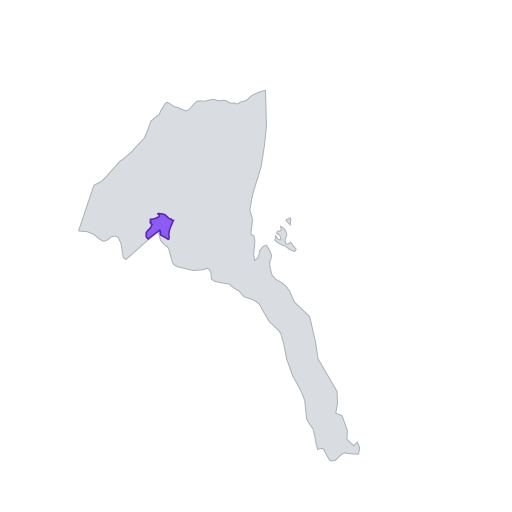 Shambuko, Gash Barka, Eritrea (highlighted), rotated 25°
{"feature_id": "51966322B24942230220374", "entity_name": "Shambuko", "entity_type": "district", "adm_level": 2, "iso_a3": "ERI", "parent_name": "Eritrea", "parent_adm1": "Gash Barka", "projection": "mercator", "projection_center": [37.812, 14.923], "detail": "fine", "context": "in_parent", "style": "filled", "palette": "violet", "viewbox_px": 512, "rotation_deg": 25, "n_neighbors": 0, "source": "geoboundaries", "source_scale": "gbopen_adm2", "svg_char_len": 5728}
<svg xmlns="http://www.w3.org/2000/svg" viewBox="0 0 512 512"><g transform="rotate(25 256 256)"><path d="M84.5,308.0L82.8,292.4L81.6,281.9L80.4,270.7L79.3,260.2L84.3,253.8L86.7,247.6L92.6,227.7L95.0,223.7L99.7,213.0L100.4,209.9L105.0,196.4L104.6,187.4L103.7,178.3L106.2,172.9L108.5,168.6L108.3,164.9L109.3,156.4L110.1,154.3L112.8,154.2L118.5,155.3L122.7,154.4L127.6,154.4L131.3,154.1L133.5,151.5L136.5,141.6L138.5,139.6L140.0,139.0L144.3,137.2L147.9,134.3L150.9,132.2L152.0,131.8L155.2,131.5L158.3,130.3L159.8,128.9L163.7,127.8L167.6,128.4L170.3,127.2L172.0,126.4L174.0,126.4L175.8,125.2L176.5,123.4L177.7,122.3L180.8,119.7L182.1,117.9L182.8,116.0L183.4,114.5L184.7,111.9L190.0,105.6L194.6,101.9L210.6,133.9L217.1,152.8L222.8,172.5L227.0,202.0L231.0,217.0L237.5,224.4L242.0,238.3L245.8,238.9L248.6,242.7L253.3,255.8L256.7,260.6L258.5,256.5L258.3,254.0L257.0,250.0L258.2,244.8L260.9,241.7L266.9,245.9L270.2,249.2L271.1,255.6L272.5,259.2L278.8,266.7L284.2,268.9L291.1,269.4L296.9,271.1L301.6,273.9L310.3,281.5L330.2,288.2L346.2,308.7L355.7,323.0L386.7,344.5L392.0,354.8L394.8,364.8L401.3,364.3L412.5,375.4L415.8,383.7L424.9,386.7L426.5,381.8L430.9,385.9L432.7,392.2L426.8,394.7L420.4,396.9L419.5,396.8L417.3,399.7L414.3,407.6L410.9,409.9L409.1,410.1L399.0,402.7L397.5,402.3L395.3,403.7L393.7,405.3L389.0,399.6L385.6,394.7L380.8,388.7L376.2,386.1L371.2,382.7L366.3,375.0L361.3,366.4L353.9,359.4L340.1,349.2L327.3,336.4L317.6,323.0L311.4,316.0L308.7,314.2L295.8,309.8L286.7,303.6L279.8,298.5L275.5,297.2L271.3,297.0L262.5,298.0L255.2,294.8L252.1,294.8L247.2,293.9L243.3,292.8L238.8,294.1L229.5,296.4L225.7,295.9L223.6,292.7L222.4,290.3L219.2,287.8L216.5,287.8L215.0,290.0L205.3,295.7L189.1,298.9L185.2,298.7L182.3,296.4L174.1,286.6L171.8,285.0L169.9,284.9L166.1,283.7L162.5,281.8L159.4,277.8L156.3,275.5L152.9,283.4L147.0,297.1L143.8,304.5L139.8,313.9L138.5,314.2L136.4,313.5L128.3,301.7L123.2,297.3L119.4,297.7L116.6,299.9L114.8,303.8L112.9,306.3L110.9,307.2L106.4,306.7L99.6,304.9L92.6,305.3L85.4,308.0L84.5,308.0ZM275.5,229.3L277.7,232.3L279.2,232.0L280.4,231.0L281.3,228.9L289.6,233.0L289.1,235.7L284.2,235.9L278.4,234.7L273.1,235.1L266.7,233.9L265.3,229.3L269.3,231.6L271.4,231.0L271.8,230.4L268.9,227.3L264.9,226.7L265.2,224.2L267.0,223.3L268.1,222.1L265.8,218.7L270.3,219.5L273.2,221.5L275.1,223.9L275.5,229.3ZM272.1,208.1L273.9,213.4L268.7,211.4L267.9,210.3L270.1,208.2L270.6,206.9L272.1,208.1Z" fill="#d9dde1" stroke="#a8b0b8" stroke-width="1"/><path d="M144.8,267.4L144.9,267.5L145.0,267.6L145.1,267.8L145.1,268.2L145.2,268.4L145.3,268.4L145.4,268.5L145.5,268.6L145.7,268.8L145.7,269.0L145.8,269.0L146.0,269.2L146.0,269.3L146.0,269.2L146.3,269.3L146.5,269.4L146.5,269.5L146.5,269.8L146.5,270.0L146.4,270.2L146.2,270.1L145.9,270.1L145.8,270.3L146.0,270.5L146.3,270.6L146.5,270.6L146.7,270.9L146.8,270.9L146.9,271.0L147.0,271.0L147.3,271.2L147.7,271.2L147.8,271.2L148.0,271.1L148.3,271.3L148.5,271.4L148.5,271.5L148.5,271.8L148.4,271.9L148.4,272.0L148.4,272.4L148.4,272.5L148.5,272.7L148.5,272.9L148.5,273.0L148.6,273.4L148.6,273.6L148.5,274.3L148.4,274.9L148.3,275.1L148.3,275.3L148.2,275.8L148.1,276.1L148.0,276.4L147.9,276.6L147.8,276.8L147.7,277.1L147.6,277.3L147.6,277.6L147.4,277.8L147.3,278.0L147.2,278.3L147.1,278.5L147.1,278.9L147.0,279.2L147.0,279.4L146.9,279.6L146.9,279.8L146.7,280.5L146.7,280.9L146.7,281.1L146.7,281.3L146.7,281.5L146.8,281.5L146.9,281.8L147.0,281.9L147.0,282.0L147.2,282.3L147.3,282.4L147.3,282.5L147.4,282.8L147.5,283.0L147.6,283.3L147.6,283.5L147.8,283.8L147.8,284.1L148.0,284.3L148.2,284.5L148.3,284.8L148.7,285.1L149.2,285.4L150.3,285.9L151.1,286.2L157.8,273.3L158.0,273.3L158.3,273.4L158.3,273.5L158.3,273.8L158.3,274.0L158.5,274.2L158.7,274.3L158.8,274.3L158.8,274.5L159.0,274.6L159.3,274.9L159.4,275.0L159.5,275.0L159.5,275.3L159.4,275.5L159.5,275.7L159.7,275.8L159.8,275.9L159.8,276.0L159.7,276.1L159.7,276.3L159.8,276.3L160.0,276.4L160.3,276.3L160.4,276.5L160.5,276.6L160.7,276.9L160.7,277.0L160.8,277.4L161.0,277.4L161.5,277.4L162.1,277.3L164.2,277.5L165.8,277.6L167.3,277.8L169.3,278.1L169.8,277.7L169.7,276.6L169.3,275.8L168.9,274.7L168.0,273.9L167.7,272.6L167.0,270.7L166.6,268.7L166.3,266.8L166.3,264.7L166.2,261.4L166.1,259.5L166.2,258.6L165.8,258.7L165.6,258.8L165.2,258.9L164.9,259.0L164.7,259.0L164.5,258.9L164.4,258.9L164.3,258.7L164.2,258.7L163.7,258.5L163.4,258.4L163.3,258.5L163.1,258.5L162.8,258.5L162.7,258.6L162.4,258.7L162.1,258.7L161.8,258.7L161.4,258.7L161.1,258.7L160.9,258.7L160.7,258.6L160.4,258.5L160.2,258.4L159.9,258.3L159.8,258.2L159.6,258.1L159.3,258.0L159.2,258.0L158.9,258.0L158.8,257.9L158.6,257.9L158.4,257.8L158.2,257.8L158.0,257.7L157.5,257.5L157.4,257.4L157.1,257.4L156.8,257.3L156.7,257.2L156.3,257.2L156.2,257.1L155.8,257.2L155.6,257.2L155.4,257.2L155.2,257.1L154.6,257.2L154.2,257.3L153.9,257.3L153.7,257.3L153.4,257.5L153.2,257.5L152.7,257.7L152.4,257.8L152.2,257.9L152.0,258.0L151.8,258.0L151.7,258.0L151.3,258.1L151.2,258.1L150.8,258.3L150.6,258.3L150.4,258.5L150.1,258.5L149.9,258.6L149.7,258.7L149.6,258.8L149.4,259.0L149.2,259.2L149.2,259.3L149.3,259.3L149.5,259.4L149.9,259.5L150.0,259.5L150.3,259.5L150.5,259.6L150.8,259.8L151.1,260.0L151.3,260.3L151.4,260.6L151.4,260.9L151.4,261.1L151.3,261.4L151.2,261.5L151.1,261.8L150.9,262.0L150.6,262.4L150.5,262.6L150.3,262.7L150.3,262.8L150.2,263.0L149.9,263.2L149.9,263.3L149.7,263.6L149.5,263.8L149.4,263.9L149.3,264.0L149.2,264.1L149.0,264.3L148.9,264.4L148.8,264.5L148.7,264.6L148.5,264.8L148.4,264.9L148.3,265.0L148.2,265.1L148.0,265.3L147.9,265.4L147.7,265.5L147.4,265.8L147.2,266.0L146.9,266.2L146.8,266.3L146.6,266.4L146.5,266.5L146.3,266.5L146.2,266.6L145.6,266.9L145.5,267.0L145.3,267.1L145.1,267.2L145.0,267.3L144.8,267.4Z" fill="#8b5cf6" stroke="#5b21b6" stroke-width="1.5"/></g></svg>